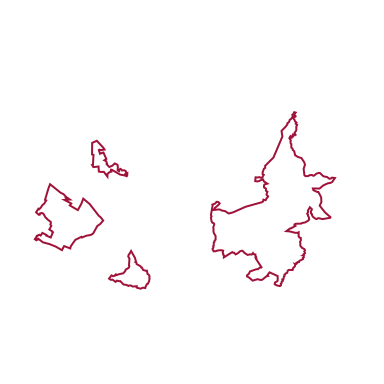 Zimatlán de Álvarez, Oaxaca, Mexico (Mercator projection), rotated 201°
{"feature_id": "50627088B8941621819676", "entity_name": "Zimatlán de Álvarez", "entity_type": "district", "adm_level": 2, "iso_a3": "MEX", "parent_name": "Mexico", "parent_adm1": "Oaxaca", "projection": "mercator", "projection_center": [-97.013, 16.759], "detail": "fine", "context": "isolated", "style": "outline", "palette": "rose", "viewbox_px": 384, "rotation_deg": 201, "n_neighbors": 0, "source": "geoboundaries", "source_scale": "gbopen_adm2", "svg_char_len": 5970}
<svg xmlns="http://www.w3.org/2000/svg" viewBox="0 0 384 384"><g transform="rotate(201 192 192)"><path d="M76.4,135.6L75.5,136.6L76.2,138.2L75.7,138.9L76.1,140.4L75.5,141.2L75.9,141.8L75.6,142.2L76.3,142.8L75.4,143.5L75.9,146.0L75.5,146.7L75.9,147.1L76.1,148.0L75.5,148.5L75.4,149.5L74.2,150.7L74.4,153.0L73.5,154.1L70.1,155.2L70.4,157.1L69.3,159.4L69.6,161.3L70.0,161.6L69.5,161.6L68.8,162.3L69.2,163.1L68.9,163.6L68.2,163.7L68.1,164.5L67.0,165.0L67.1,166.1L64.3,169.2L64.9,170.2L64.2,171.1L65.1,172.8L65.5,172.7L64.9,173.4L65.5,173.8L64.6,175.6L65.9,176.9L65.6,178.0L66.7,179.0L69.4,179.3L69.9,179.8L71.0,180.1L71.8,180.9L72.2,182.6L73.2,183.9L73.1,186.1L74.0,188.1L75.4,188.0L76.6,188.9L78.0,192.6L78.8,191.7L81.0,190.9L86.7,190.2L89.8,189.3L87.5,193.0L86.7,193.4L83.3,197.4L84.4,197.7L84.7,198.4L83.8,199.5L78.8,201.6L78.0,202.6L75.5,204.1L73.2,207.0L72.8,208.4L73.8,210.2L75.3,211.5L75.5,212.3L76.7,212.9L76.4,214.6L77.1,216.2L76.5,220.0L73.9,218.9L74.0,216.4L73.2,214.6L72.2,214.4L71.5,213.2L70.0,212.1L67.1,211.3L66.0,211.4L65.0,212.6L64.1,213.0L60.4,213.5L53.8,217.4L53.7,218.1L60.6,220.7L67.9,225.0L67.6,229.0L69.5,233.3L71.7,235.3L74.1,237.3L75.5,236.9L79.3,237.2L80.4,238.6L74.1,241.0L71.8,245.2L68.4,248.7L65.9,250.2L64.7,251.6L63.6,256.3L66.4,255.6L67.4,254.2L68.5,253.6L71.4,254.4L74.3,253.8L75.7,254.0L79.1,255.5L80.3,255.4L82.5,253.6L83.7,251.3L84.6,250.6L86.0,250.9L88.3,249.8L89.4,248.4L91.8,247.5L93.1,248.0L96.1,253.7L96.3,258.0L97.8,259.9L102.0,262.9L105.8,262.7L108.9,263.3L111.2,266.7L113.0,267.4L113.4,268.3L115.2,269.1L116.4,272.3L117.0,272.5L118.0,273.8L118.2,275.5L120.4,277.1L120.3,278.3L118.8,278.3L119.6,279.6L117.8,279.6L117.6,279.9L118.4,281.9L117.0,282.6L116.2,281.9L115.8,282.5L117.2,283.6L117.5,284.3L116.9,285.7L116.8,287.3L118.1,290.5L117.9,292.4L119.6,292.9L119.4,294.3L121.1,294.8L122.2,296.2L123.5,296.9L123.8,298.5L122.6,299.2L122.4,299.9L124.1,300.7L124.2,301.6L123.7,303.3L124.9,303.2L125.3,303.0L125.2,301.3L126.0,300.1L125.2,298.8L125.1,297.9L125.6,295.8L126.6,294.5L126.5,292.1L127.6,290.4L127.2,289.4L127.9,286.8L130.3,281.1L127.5,276.2L128.3,253.4L133.1,242.6L132.3,240.8L133.2,239.5L133.1,235.7L132.5,234.0L131.1,233.7L131.6,231.6L131.4,230.9L132.3,230.0L134.5,230.0L135.8,229.1L137.9,228.5L136.9,224.8L134.7,225.3L132.9,226.6L132.2,227.6L130.0,229.1L128.6,227.6L124.7,226.8L126.9,225.1L127.2,224.1L126.4,222.1L124.3,221.7L123.4,219.7L121.7,219.3L121.6,216.7L121.1,215.9L119.7,215.4L119.3,214.9L120.2,212.5L120.2,211.0L120.5,210.6L122.6,210.4L122.3,208.6L123.1,207.5L136.7,197.4L146.5,187.6L150.0,185.1L154.2,186.0L157.5,185.4L159.4,185.6L160.8,185.3L165.3,183.0L164.9,185.4L162.5,189.7L162.1,191.3L163.9,192.1L165.6,191.6L166.1,189.7L168.5,187.5L167.9,186.7L166.1,177.3L165.0,176.3L165.2,175.0L163.4,171.9L162.0,170.6L160.7,170.7L159.7,170.0L159.4,166.4L158.4,164.7L158.2,163.6L157.1,161.7L154.2,159.4L152.9,155.9L153.5,154.6L153.1,153.5L153.6,152.8L152.5,149.7L152.8,149.0L152.4,148.8L152.1,147.6L152.5,146.5L151.8,145.3L150.8,145.0L150.5,144.4L148.6,145.2L147.4,146.4L144.5,147.9L142.2,148.5L141.9,148.4L141.6,146.4L140.7,145.6L140.5,144.7L139.4,144.2L138.8,142.4L132.9,150.3L131.8,150.0L131.0,150.4L128.9,149.4L127.0,151.6L126.0,153.8L124.3,155.1L123.3,155.1L121.4,154.0L117.5,153.2L115.6,154.5L113.8,155.0L113.2,156.9L112.1,156.1L110.4,156.4L110.1,155.3L109.1,154.7L109.4,153.8L108.3,153.3L108.6,152.9L108.3,152.5L100.1,146.6L100.3,146.2L101.6,145.7L102.8,143.6L104.3,142.9L109.4,138.6L109.6,135.9L110.8,134.0L110.3,132.9L108.1,132.6L103.6,131.0L99.7,134.0L96.0,134.6L94.9,135.4L92.2,140.1L90.9,140.8L91.7,141.5L90.8,144.8L81.9,144.2L80.3,140.1L80.5,139.1L82.1,137.2L81.8,135.6L79.7,135.2L76.4,135.6ZM270.7,136.5L283.2,144.1L291.1,146.8L291.1,141.2L292.1,134.2L301.3,135.7L300.6,138.0L308.2,138.9L303.3,141.2L307.2,142.1L307.2,141.2L307.5,141.2L308.1,141.5L308.4,142.6L311.2,144.0L314.3,144.2L327.3,148.4L327.3,143.7L326.4,132.0L325.1,131.9L325.8,128.2L327.1,125.8L327.5,123.3L328.6,121.0L329.4,121.3L330.3,117.2L327.1,115.9L326.8,116.3L326.1,116.2L326.0,117.7L325.5,117.7L324.9,118.5L323.6,118.6L322.6,118.2L319.6,115.7L318.0,115.2L317.4,114.7L313.2,113.5L312.6,112.4L312.6,110.9L311.2,110.0L311.8,105.9L308.2,105.1L308.2,104.7L307.4,104.5L307.6,98.9L312.4,99.1L312.4,99.7L317.0,100.2L317.7,97.1L319.1,97.4L320.6,96.0L319.5,95.6L320.6,95.9L320.9,95.6L321.8,91.6L320.1,91.2L319.8,92.3L319.1,92.2L318.9,93.3L313.2,91.6L306.6,92.3L299.8,92.2L292.6,91.1L292.0,95.7L285.4,95.7L285.7,97.3L285.5,98.8L283.8,105.5L279.1,110.6L278.4,110.1L275.0,113.3L271.0,115.7L269.4,117.9L268.2,126.4L266.3,129.1L264.7,133.5L267.9,135.5L270.7,136.5ZM200.6,96.1L201.2,96.7L201.4,98.0L202.4,99.1L204.2,99.6L205.9,102.4L206.8,101.9L209.7,101.7L211.7,103.5L212.2,103.3L213.4,104.2L217.9,104.9L219.0,106.6L219.7,106.5L219.5,107.1L221.5,109.9L227.7,115.1L228.2,111.8L228.6,111.1L228.5,109.1L226.5,107.3L224.5,100.8L223.9,100.4L223.9,98.6L226.1,95.7L226.0,94.2L227.1,91.4L230.4,89.3L233.3,86.9L233.7,87.5L234.5,85.9L235.5,85.1L237.3,85.3L238.4,81.4L236.3,80.9L234.8,81.7L231.1,80.7L230.3,82.4L228.0,82.6L227.0,83.1L222.8,81.1L219.8,81.8L217.7,81.5L217.2,82.2L215.4,82.8L213.5,82.5L209.8,84.2L209.5,83.0L209.1,82.9L205.4,83.3L203.5,85.1L201.2,85.6L201.4,87.0L201.1,89.3L201.0,90.1L200.3,90.6L200.1,93.1L200.6,96.1ZM286.3,177.7L284.2,178.1L281.5,179.2L276.5,176.1L277.4,178.8L276.0,181.1L274.6,182.1L275.6,183.3L275.6,183.9L274.6,184.0L265.4,182.5L260.3,183.4L258.6,183.3L258.4,184.1L259.1,186.3L260.5,184.6L260.8,184.6L260.4,186.7L261.2,187.7L263.1,188.0L265.1,187.0L266.1,187.8L267.3,187.9L267.7,186.4L267.5,185.4L269.2,185.6L269.9,188.2L271.3,190.7L274.3,191.0L275.8,188.0L278.2,185.7L281.2,187.1L281.7,187.4L281.4,187.9L283.1,190.0L285.2,190.2L283.8,192.1L288.8,197.1L289.8,196.6L290.0,195.9L291.3,195.4L291.6,194.8L294.0,197.7L293.7,198.3L291.9,198.6L288.9,200.3L290.9,201.7L299.2,205.7L302.8,202.1L298.8,191.3L297.3,191.4L294.2,181.9L294.9,181.4L293.0,179.9L288.4,182.3L286.3,177.7Z" fill="none" stroke="#9f1239" stroke-width="2"/></g></svg>